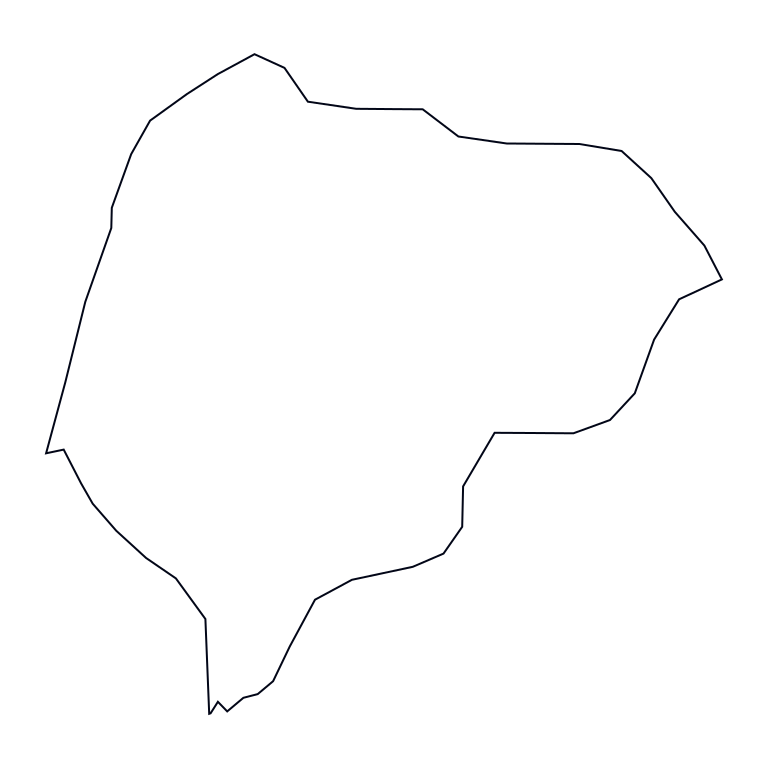 Tongrim, P'yŏngan-bukto, North Korea (Albers equal-area conic projection)
{"feature_id": "82179303B24369360194646", "entity_name": "Tongrim", "entity_type": "district", "adm_level": 2, "iso_a3": "PRK", "parent_name": "North Korea", "parent_adm1": "P'yŏngan-bukto", "projection": "albers", "projection_center": [124.812, 39.902], "detail": "fine", "context": "isolated", "style": "outline", "palette": "ink", "viewbox_px": 768, "rotation_deg": 0, "n_neighbors": 0, "source": "geoboundaries", "source_scale": "gbopen_adm2", "svg_char_len": 777}
<svg xmlns="http://www.w3.org/2000/svg" viewBox="0 0 768 768"><path d="M209.2,713.8L210.6,713.3L217.9,701.8L227.2,711.4L243.4,697.8L257.7,694.1L273.1,681.2L289.7,646.6L315.0,599.7L351.9,579.8L382.4,573.3L412.8,566.8L443.5,553.6L462.2,526.8L463.1,486.4L494.6,432.8L530.9,433.0L573.4,433.3L610.0,420.0L634.8,393.3L654.1,339.6L679.1,299.3L721.9,279.4L704.4,245.6L692.6,232.1L674.8,211.8L651.3,178.1L621.6,151.0L579.3,144.0L549.1,143.8L506.7,143.5L458.4,136.5L422.7,109.3L392.5,109.1L356.2,108.8L307.9,101.7L284.5,67.9L254.5,54.2L217.8,74.1L187.0,94.0L150.1,120.6L131.2,154.1L111.8,207.8L111.3,228.0L85.3,301.8L65.3,382.3L46.1,453.3L63.7,449.6L81.1,483.4L92.7,503.7L116.3,530.8L146.1,558.0L175.9,578.4L205.4,619.0L209.2,713.8Z" fill="none" stroke="#020617" stroke-width="2"/></svg>